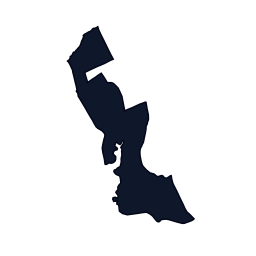 outline of Nain Feto, Dili, East Timor, rotated 347°
{"feature_id": "22284137B75963303915609", "entity_name": "Nain Feto", "entity_type": "district", "adm_level": 2, "iso_a3": "TLS", "parent_name": "East Timor", "parent_adm1": "Dili", "projection": "equal_earth", "projection_center": [125.588, -8.569], "detail": "fine", "context": "isolated", "style": "filled", "palette": "ink", "viewbox_px": 256, "rotation_deg": 347, "n_neighbors": 0, "source": "geoboundaries", "source_scale": "gbopen_adm2", "svg_char_len": 4095}
<svg xmlns="http://www.w3.org/2000/svg" viewBox="0 0 256 256"><g transform="rotate(347 128 128)"><path d="M171.9,231.4L170.2,228.5L168.2,225.3L166.7,223.4L165.4,219.6L164.6,215.3L162.8,207.5L161.3,200.4L159.6,193.7L159.3,192.2L159.2,190.4L159.1,187.7L159.3,185.1L159.3,184.1L158.6,184.1L156.8,184.8L154.7,185.6L152.4,184.9L151.3,182.7L150.3,181.9L148.8,181.9L147.3,182.1L145.5,181.9L144.1,180.1L143.0,178.7L141.2,177.7L139.0,176.5L138.2,175.2L136.5,173.1L135.0,170.5L133.8,168.2L133.4,165.9L133.3,163.8L133.5,157.9L134.1,154.3L134.7,152.3L135.7,150.3L137.2,148.8L137.8,147.7L139.7,145.5L140.7,143.4L141.4,141.8L144.0,136.2L145.4,132.8L145.9,130.6L147.5,128.5L148.8,125.8L149.7,124.7L150.2,122.7L150.8,119.5L150.8,117.5L150.9,115.7L150.9,113.0L151.1,111.0L151.2,108.2L151.3,106.9L150.3,106.7L149.7,106.9L145.0,107.4L140.7,108.3L137.0,109.1L131.9,109.9L128.7,110.6L128.9,102.9L129.0,100.3L129.2,95.9L128.0,89.9L127.3,86.8L125.6,84.0L124.0,81.5L123.0,80.7L122.0,80.1L120.9,79.8L119.4,79.5L117.8,78.9L117.3,76.9L116.6,74.8L115.7,72.2L114.2,68.6L110.8,69.9L109.3,70.5L107.8,71.2L103.8,72.6L101.7,73.5L98.9,74.5L98.7,71.1L98.4,66.2L98.4,64.1L105.5,62.5L112.2,61.1L115.9,60.5L119.7,59.8L125.7,58.2L129.1,57.6L127.8,52.9L126.4,47.2L124.5,38.8L122.6,30.9L121.6,26.3L121.3,22.5L121.0,22.6L120.6,22.8L120.3,23.0L120.0,23.1L119.8,23.1L119.6,23.2L119.4,23.2L119.2,23.2L118.2,23.3L117.8,23.3L117.6,23.3L117.0,23.2L116.7,23.2L116.3,23.3L116.0,23.4L115.9,23.5L115.5,23.7L115.3,23.8L115.3,24.0L114.9,24.3L114.6,24.6L114.4,24.7L114.0,24.9L113.6,25.1L113.1,25.3L112.6,25.4L112.5,25.5L112.0,25.5L111.6,25.5L111.3,25.6L111.1,25.6L110.4,25.8L110.1,26.0L109.4,26.2L108.3,26.5L107.9,26.6L107.7,26.7L107.1,26.8L106.9,26.8L106.6,27.0L106.0,27.4L105.8,27.5L105.4,27.6L105.2,27.8L105.5,29.0L105.4,29.1L105.2,29.3L105.1,29.5L104.9,29.6L104.8,29.9L104.5,30.2L103.7,31.4L103.4,31.8L103.3,32.0L103.2,32.1L102.8,32.5L102.5,32.8L102.4,33.0L101.9,33.7L101.8,33.8L101.4,34.8L101.1,35.2L101.0,35.4L100.8,35.6L100.7,35.9L100.5,36.1L100.4,36.3L100.2,36.5L99.9,36.9L99.7,37.1L99.5,37.4L99.3,37.5L99.1,37.7L98.7,38.0L98.4,38.3L98.2,38.5L97.8,38.7L97.5,38.9L97.1,39.1L96.7,39.3L96.5,39.6L96.2,39.9L96.0,40.1L95.8,40.2L95.7,40.3L95.2,40.5L94.7,40.7L94.5,41.2L94.1,41.5L93.2,42.0L92.3,41.9L91.5,42.3L91.4,42.7L89.1,45.2L88.4,45.1L87.8,45.4L87.5,46.6L86.8,47.6L86.0,48.3L85.4,48.6L84.1,49.2L85.0,50.6L85.7,53.0L86.6,57.4L87.0,59.0L86.8,61.0L86.9,66.6L86.9,70.6L87.0,75.6L86.9,78.3L86.8,79.7L86.4,80.0L86.2,80.2L86.0,80.4L86.0,80.8L86.1,81.1L86.2,81.5L86.4,81.6L86.6,81.7L86.8,81.9L86.9,83.1L86.7,85.7L86.7,86.2L87.3,87.7L88.8,92.3L91.2,99.8L92.6,104.6L93.8,108.4L95.0,111.9L96.0,115.7L97.2,119.6L97.9,120.5L98.5,121.5L99.7,122.5L102.2,125.0L103.6,127.5L104.0,128.9L104.0,129.6L103.2,131.7L102.2,133.3L100.1,137.7L98.4,141.7L98.0,146.3L98.0,153.0L97.5,158.0L98.0,158.5L99.0,158.5L100.3,158.2L101.2,157.6L103.6,158.5L105.6,158.5L108.0,157.3L109.0,155.6L109.6,152.9L108.7,151.7L107.8,150.2L108.4,147.9L110.1,146.8L111.6,146.8L112.5,146.6L113.0,145.8L112.5,144.3L111.3,143.3L111.2,141.4L111.9,141.0L112.9,139.4L113.8,139.2L114.9,141.0L116.5,142.3L117.7,141.5L119.2,139.8L120.1,139.2L121.2,140.0L120.5,141.3L119.5,142.5L117.8,144.0L116.6,145.5L117.5,147.1L116.5,149.3L116.4,150.3L116.0,153.0L114.9,155.3L114.3,156.9L113.9,159.2L112.9,161.5L111.6,163.9L110.2,164.2L108.6,164.7L107.2,165.7L105.4,165.9L104.5,166.9L104.6,168.1L105.9,170.4L107.1,171.4L108.5,172.3L109.2,173.3L109.2,175.9L108.7,179.7L107.7,180.7L106.3,181.6L104.8,183.3L104.3,186.0L102.4,187.0L101.7,188.1L102.4,189.8L103.4,192.2L101.7,193.9L100.2,192.7L97.9,192.5L97.1,193.9L97.6,196.3L100.3,196.6L101.3,196.5L101.3,197.3L100.4,198.0L100.1,199.7L101.2,200.4L101.6,201.7L101.0,206.6L101.0,207.2L103.5,210.1L107.8,212.4L111.2,212.7L117.5,213.3L123.2,213.7L127.2,214.2L130.3,216.9L132.2,219.3L133.9,222.9L134.9,224.9L136.1,226.1L137.4,226.3L138.3,225.8L139.2,225.0L140.9,224.8L143.2,225.1L144.6,225.3L147.7,226.7L154.0,230.3L159.0,232.9L160.1,233.3L161.8,233.5L163.7,233.2L165.7,233.0L167.7,232.8L170.5,232.2L171.9,231.4Z" fill="#0f172a" stroke="#020617" stroke-width="1.5"/></g></svg>